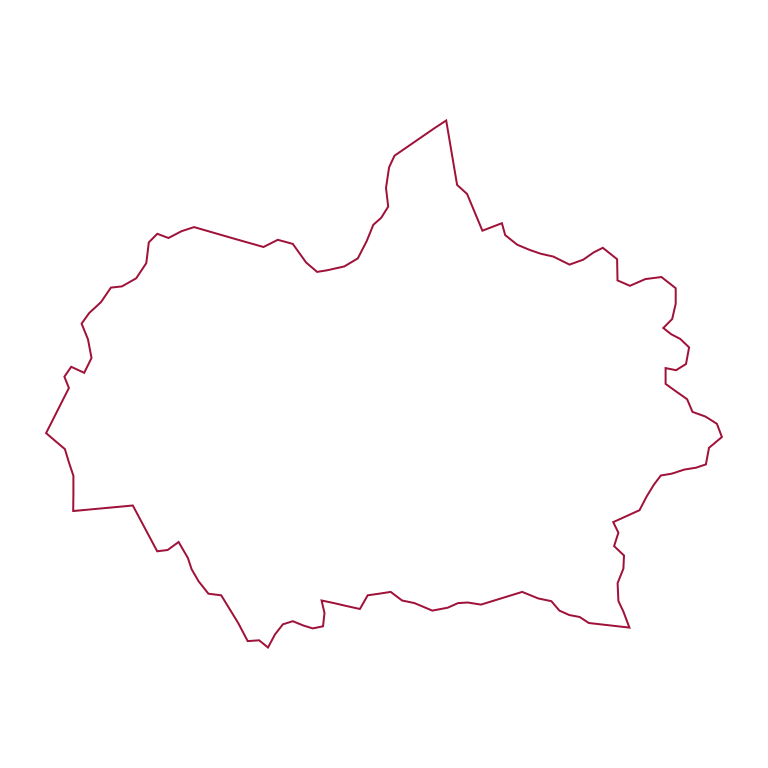 outline of Maravilha, Santa Catarina, Brazil
{"feature_id": "56859067B88629056709281", "entity_name": "Maravilha", "entity_type": "district", "adm_level": 2, "iso_a3": "BRA", "parent_name": "Brazil", "parent_adm1": "Santa Catarina", "projection": "equal_earth", "projection_center": [-53.188, -26.753], "detail": "fine", "context": "isolated", "style": "outline", "palette": "rose", "viewbox_px": 768, "rotation_deg": 0, "n_neighbors": 0, "source": "geoboundaries", "source_scale": "gbopen_adm2", "svg_char_len": 1768}
<svg xmlns="http://www.w3.org/2000/svg" viewBox="0 0 768 768"><path d="M602.8,247.8L593.7,252.4L583.2,259.7L569.5,264.6L553.4,256.6L540.6,253.7L529.6,249.9L517.2,244.7L505.2,235.1L501.9,223.2L482.4,230.7L467.1,194.0L457.1,184.9L446.2,120.5L434.4,128.2L394.5,155.7L389.1,167.3L386.0,188.0L388.2,206.6L381.2,217.8L373.3,224.8L366.7,241.1L357.8,258.4L344.4,266.4L327.0,270.3L317.1,271.9L306.1,262.5L292.8,243.9L277.8,239.8L263.5,247.0L231.8,238.0L194.1,227.1L181.5,231.2L168.5,238.0L157.3,233.8L148.8,242.4L146.3,263.1L136.2,278.3L121.9,286.4L110.9,287.6L101.0,302.1L89.2,313.0L81.6,323.6L88.0,339.4L91.5,358.0L84.2,372.8L71.2,366.8L64.4,376.7L68.9,388.0L46.1,433.1L56.0,441.6L64.9,449.1L68.9,462.3L73.4,475.8L73.4,493.6L73.2,511.0L132.8,505.5L157.2,551.3L167.6,550.0L178.6,542.0L187.9,558.0L191.6,569.2L198.6,581.3L208.4,593.7L221.2,595.3L238.2,623.0L247.7,641.1L259.1,640.3L268.0,647.5L275.0,634.4L282.9,624.3L292.8,621.2L303.6,625.6L312.7,628.4L323.0,626.3L324.5,613.1L321.6,600.5L334.0,603.1L346.0,605.9L359.9,609.0L367.7,595.3L379.1,593.7L390.7,591.9L402.1,600.5L414.5,603.1L432.3,610.6L447.7,607.7L458.0,603.1L467.7,602.5L481.0,604.6L522.2,591.9L538.1,598.4L551.4,601.2L559.4,610.6L569.2,615.0L579.7,617.0L588.8,623.0L629.4,627.6L623.4,611.6L618.4,601.0L617.6,583.1L623.4,568.6L624.0,555.5L614.1,546.1L618.4,532.7L613.2,522.1L639.5,510.2L646.8,496.2L653.8,484.8L660.8,475.5L671.6,473.7L684.2,469.6L696.0,467.7L705.9,464.4L709.0,447.8L721.9,437.0L716.9,423.8L705.3,416.5L692.5,411.9L687.1,399.2L675.7,391.2L665.6,383.9L665.6,368.1L676.1,370.2L686.0,364.0L689.1,347.4L680.2,338.9L671.1,334.2L663.3,328.0L672.2,319.0L675.7,303.7L675.7,288.2L661.4,277.0L645.3,279.1L629.9,285.8L617.5,280.4L617.1,259.2L602.8,247.8Z" fill="none" stroke="#9f1239" stroke-width="2"/></svg>